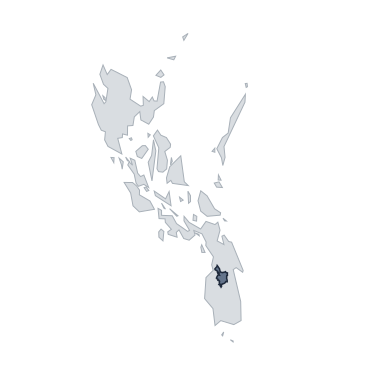 location of Nueva Vizcaya, Nueva Vizcaya, Philippines, rotated 167°
{"feature_id": "2640588B36229801410553", "entity_name": "Nueva Vizcaya", "entity_type": "district", "adm_level": 2, "iso_a3": "PHL", "parent_name": "Philippines", "parent_adm1": "Nueva Vizcaya", "projection": "equal_earth", "projection_center": [121.302, 16.256], "detail": "fine", "context": "in_parent", "style": "filled", "palette": "slate", "viewbox_px": 384, "rotation_deg": 167, "n_neighbors": 0, "source": "geoboundaries", "source_scale": "gbopen_adm2", "svg_char_len": 5895}
<svg xmlns="http://www.w3.org/2000/svg" viewBox="0 0 384 384"><g transform="rotate(167 192 192)"><path d="M181.1,53.4L192.9,60.2L199.6,56.7L197.8,73.7L203.7,85.3L197.6,105.5L189.0,110.9L189.2,116.6L185.7,124.0L190.6,136.7L189.5,140.1L191.7,149.0L198.9,154.1L198.7,149.4L205.6,145.7L210.5,148.5L213.2,158.0L216.4,156.2L216.7,151.3L224.7,156.1L224.6,158.6L220.5,160.3L224.8,168.4L224.3,171.9L230.1,173.5L228.8,183.7L225.8,181.0L226.9,176.1L216.6,173.3L214.2,164.7L205.1,154.6L203.0,155.1L206.3,165.7L205.2,170.1L201.6,163.0L191.9,154.0L185.0,160.2L176.9,155.1L173.6,156.8L173.3,148.5L178.5,138.7L172.7,133.6L172.8,142.2L170.4,142.8L167.4,135.5L164.7,134.2L159.8,104.0L160.7,102.4L166.0,108.4L169.3,107.1L169.2,74.3L173.1,55.7L181.1,53.4ZM251.8,244.8L263.6,255.3L265.4,262.4L262.8,270.2L266.5,272.6L268.0,278.8L270.1,299.6L263.8,308.3L263.8,320.2L257.8,297.8L255.6,299.3L250.6,311.9L254.0,316.8L255.3,327.4L250.1,335.8L248.2,325.5L243.3,329.7L229.4,318.1L227.9,305.2L231.5,296.4L222.7,287.2L219.9,287.4L218.2,296.1L213.4,289.7L209.3,293.5L208.5,289.3L205.6,288.4L197.9,306.2L195.0,305.8L194.4,300.7L199.6,284.4L210.4,279.8L212.7,273.7L218.9,267.8L225.6,273.7L224.8,282.1L231.3,278.2L234.6,270.1L239.9,270.9L242.1,261.9L246.6,264.2L247.7,260.7L252.3,261.0L251.8,244.8ZM217.0,255.4L211.7,260.1L209.6,254.4L204.7,250.8L202.1,243.4L203.2,240.4L209.4,237.6L208.8,228.5L211.5,220.2L215.9,217.9L220.0,219.4L220.9,222.5L214.4,242.5L217.0,255.4ZM247.8,184.5L252.6,191.8L252.0,204.8L256.0,216.6L247.8,214.6L244.6,210.3L242.7,205.6L243.9,201.1L235.0,192.7L232.5,183.6L247.8,184.5ZM194.2,199.1L209.1,204.8L210.0,208.1L214.3,206.1L213.7,211.5L208.0,221.6L194.8,229.8L197.2,203.7L194.2,199.1ZM137.8,255.7L118.0,275.2L120.2,267.6L150.6,229.1L152.0,218.3L156.0,210.9L155.6,218.7L158.1,228.6L150.1,238.2L143.5,241.3L137.8,255.7ZM169.8,163.1L182.7,164.9L187.8,171.4L188.1,182.1L183.2,191.2L178.2,184.9L173.8,170.6L168.8,165.3L169.8,163.1ZM237.2,210.3L242.9,209.6L244.5,213.1L244.3,222.4L248.5,232.8L246.5,235.4L243.9,231.5L244.6,238.8L240.6,235.8L240.7,222.5L238.6,218.6L235.1,219.4L233.2,206.1L237.2,210.3ZM217.8,251.5L218.0,240.2L228.5,211.8L228.0,230.8L223.1,236.7L217.8,251.5ZM237.6,244.2L230.0,248.3L227.0,247.7L225.0,243.5L233.4,236.0L237.3,238.9L237.6,244.2ZM215.5,183.3L228.5,196.7L228.6,201.4L219.3,191.3L214.2,197.6L215.5,183.3ZM233.4,160.6L230.5,162.8L228.3,159.9L231.3,150.9L234.4,155.4L233.4,160.6ZM200.9,313.8L195.0,317.9L192.9,312.4L196.6,310.7L200.9,313.8ZM161.4,189.5L166.9,191.2L168.3,195.7L163.4,195.8L161.4,189.5ZM194.1,162.6L197.4,164.2L195.6,169.8L192.8,167.2L194.1,162.6ZM180.0,324.9L186.1,328.3L177.4,328.0L180.0,324.9ZM255.4,241.4L252.2,236.9L254.9,229.9L254.6,234.2L255.4,241.4ZM197.9,181.8L195.8,193.7L194.3,188.8L195.6,183.0L197.9,181.8ZM165.8,341.6L166.2,345.2L160.2,347.4L165.8,341.6ZM196.0,130.9L195.8,136.2L194.4,138.4L192.9,130.2L196.0,130.9ZM206.9,223.4L204.3,230.3L204.3,226.3L206.9,223.4ZM163.8,197.8L162.4,202.7L161.0,197.0L163.8,197.8ZM237.7,207.0L235.7,207.2L233.7,203.2L236.1,202.8L237.7,207.0ZM205.3,185.3L205.3,189.8L202.4,186.1L205.3,185.3ZM263.2,243.9L260.2,243.0L261.6,238.2L263.2,243.9ZM212.3,171.8L217.6,180.8L211.0,172.0L212.3,171.8ZM163.3,227.1L159.9,229.6L160.8,225.6L163.3,227.1ZM222.4,255.2L221.8,259.1L219.8,257.1L222.4,255.2ZM223.1,182.7L224.2,188.0L221.7,181.3L223.1,182.7ZM115.7,285.7L113.9,285.5L114.3,282.1L115.7,281.7L115.7,285.7ZM241.1,258.2L238.8,258.4L238.6,256.4L240.0,256.0L241.1,258.2ZM257.2,305.9L255.5,303.5L256.0,301.0L257.1,302.2L257.2,305.9ZM166.7,156.5L167.7,159.5L165.0,156.0L166.7,156.5ZM247.9,237.0L248.8,241.0L246.3,236.1L247.9,237.0ZM195.2,46.1L192.6,48.5L194.5,44.9L195.2,46.1ZM198.3,151.6L194.8,149.2L194.8,147.7L198.3,151.6ZM185.7,36.6L187.9,39.4L185.4,37.5L185.7,36.6Z" fill="#d9dde1" stroke="#a8b0b8" stroke-width="1"/><path d="M186.9,111.0L186.8,110.9L186.7,110.9L185.4,109.5L185.2,109.3L184.9,109.0L185.3,108.0L185.1,107.5L184.9,107.7L184.7,107.4L184.5,107.2L184.4,107.2L184.5,107.1L184.4,107.1L184.4,106.9L184.3,107.0L184.3,106.9L184.2,106.7L184.0,106.4L184.0,106.2L183.9,106.0L184.0,105.9L184.4,106.1L184.7,106.1L184.8,105.7L184.5,105.6L184.3,105.1L184.2,104.9L184.7,105.1L185.0,105.2L185.6,105.1L186.0,104.7L186.4,104.0L186.5,103.9L186.7,103.7L186.8,103.7L187.0,103.5L187.0,103.4L187.1,103.2L187.3,103.0L187.4,102.9L187.4,102.7L187.5,102.7L187.7,102.4L187.7,102.2L187.8,102.2L187.1,101.9L186.8,101.5L186.4,101.2L186.5,100.9L186.6,100.2L186.2,100.2L185.8,100.1L185.5,99.7L185.2,98.7L185.3,98.5L185.6,98.6L185.6,98.4L185.7,97.8L185.7,97.6L185.8,97.3L185.8,96.4L186.0,96.3L186.0,96.2L186.4,96.0L186.6,95.8L186.4,95.7L186.2,95.7L185.9,95.7L185.7,95.0L185.7,94.5L185.5,93.9L185.5,93.6L185.4,93.3L185.3,93.2L185.3,93.3L185.2,93.2L185.0,93.3L184.9,93.4L184.9,93.2L184.8,93.3L184.8,93.5L184.7,93.6L184.6,93.8L184.5,94.0L184.5,94.4L184.5,94.5L184.4,94.4L184.4,94.5L184.2,94.6L184.1,94.8L184.1,95.0L184.1,95.3L183.9,95.2L183.8,95.3L183.7,95.3L183.7,95.2L183.7,95.3L183.6,95.5L183.6,95.4L183.4,95.4L183.2,95.4L183.2,95.5L182.9,95.6L182.7,95.6L182.4,95.7L182.2,95.6L181.9,95.6L181.6,95.6L181.4,95.7L181.2,95.8L180.6,95.9L180.0,96.3L179.9,96.5L179.2,97.2L178.9,97.1L178.6,97.0L178.5,96.9L178.4,96.7L177.9,96.6L177.7,97.4L177.6,98.3L177.6,98.6L177.7,100.1L177.5,100.4L177.4,101.2L177.3,101.4L177.3,101.6L177.2,101.8L177.2,102.0L177.0,102.6L176.7,102.6L176.5,102.9L176.2,102.9L176.0,104.1L175.7,105.2L176.3,105.4L176.5,105.6L176.9,105.8L177.2,106.6L177.4,106.9L178.1,106.6L178.5,106.6L178.8,106.6L179.3,106.7L180.0,106.5L180.3,106.5L180.5,106.6L180.7,106.9L180.9,107.0L181.1,107.0L181.3,107.0L181.6,107.2L181.9,107.4L182.2,107.5L182.4,107.7L182.4,107.9L182.5,109.5L182.5,109.9L182.5,110.6L182.5,111.1L182.6,111.4L183.0,112.2L183.2,112.6L183.3,113.1L183.9,114.5L184.0,114.7L184.3,114.1L184.5,113.8L184.5,113.7L185.4,113.1L185.7,112.9L187.0,111.9L186.9,111.4L187.0,111.1L186.9,111.0Z" fill="#64748b" stroke="#1e293b" stroke-width="1.5"/></g></svg>